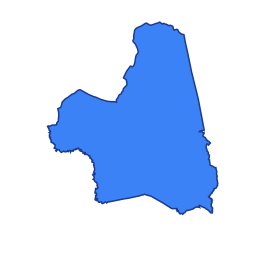 Tan Bien, Tây Ninh, Vietnam (Mercator projection), rotated 349°
{"feature_id": "81297802B37342354446447", "entity_name": "Tan Bien", "entity_type": "district", "adm_level": 2, "iso_a3": "VNM", "parent_name": "Vietnam", "parent_adm1": "Tây Ninh", "projection": "mercator", "projection_center": [105.982, 11.586], "detail": "fine", "context": "isolated", "style": "filled", "palette": "blue", "viewbox_px": 256, "rotation_deg": 349, "n_neighbors": 0, "source": "geoboundaries", "source_scale": "gbopen_adm2", "svg_char_len": 5787}
<svg xmlns="http://www.w3.org/2000/svg" viewBox="0 0 256 256"><g transform="rotate(349 128 128)"><path d="M183.2,219.7L182.8,217.9L183.0,217.6L183.4,217.5L184.5,218.2L185.4,219.4L186.6,219.9L187.0,220.4L187.8,220.6L188.2,221.0L189.5,222.7L190.1,222.9L191.3,224.3L193.1,227.1L194.3,227.1L194.4,227.4L194.7,227.3L194.9,226.1L194.7,225.5L195.0,225.4L194.8,225.1L195.2,224.6L195.2,223.8L195.7,223.3L195.7,222.4L194.9,221.0L195.1,220.1L195.0,219.2L195.2,218.8L195.0,218.6L195.7,218.0L195.7,217.8L196.4,216.8L196.2,216.6L196.3,216.2L196.0,216.2L196.0,215.7L196.4,214.8L196.9,214.7L196.5,214.2L196.7,213.8L196.3,213.1L196.1,213.0L196.0,213.3L195.8,213.0L195.6,213.2L195.1,212.7L194.9,211.9L194.3,211.5L194.1,210.5L194.7,210.5L195.3,210.3L195.8,209.7L196.1,209.2L196.5,209.1L196.8,208.5L197.4,208.2L197.6,207.8L197.9,208.0L198.5,207.4L198.7,207.1L198.8,206.6L199.6,206.2L199.7,205.7L200.0,205.5L200.3,205.6L200.6,204.4L201.1,204.4L201.1,204.0L202.9,203.8L203.6,203.2L203.9,202.5L204.4,202.1L204.7,201.5L205.0,201.4L204.9,200.9L205.5,199.8L205.6,197.3L205.4,196.7L205.7,196.0L205.5,194.8L205.6,194.1L206.0,193.4L206.0,192.7L206.4,192.4L206.1,191.1L206.3,189.4L206.8,187.8L206.6,185.3L206.7,183.6L205.4,183.3L203.8,181.6L201.4,180.1L201.4,179.1L201.7,178.5L201.7,177.4L201.7,175.6L202.0,175.0L201.1,173.9L202.2,172.4L202.7,170.1L201.7,169.1L202.2,168.0L202.2,167.6L201.7,166.0L200.9,165.5L201.3,164.9L201.4,164.0L201.0,163.1L201.0,161.6L202.0,159.2L202.4,158.8L203.0,158.9L203.7,160.1L206.0,158.5L204.8,156.6L203.5,155.8L203.6,155.3L202.6,154.4L202.6,153.7L202.3,153.4L202.0,152.2L200.4,150.8L200.0,150.3L200.0,150.0L200.6,149.0L201.6,148.0L201.8,147.1L201.4,147.3L201.0,147.3L200.5,146.9L200.5,146.4L199.8,145.7L197.4,145.3L198.0,144.7L202.4,144.6L202.5,112.6L201.1,84.9L200.9,65.0L200.6,55.7L200.7,47.0L198.8,46.2L197.9,45.5L196.9,44.3L196.4,43.9L195.4,40.8L194.3,40.4L192.1,40.6L191.7,40.4L191.5,39.7L191.4,36.9L191.1,36.5L189.1,35.2L187.6,35.3L185.5,33.5L184.1,33.0L183.2,32.1L181.7,32.4L181.1,32.1L179.5,30.2L178.9,30.1L177.5,30.7L175.3,30.7L172.1,31.3L169.9,31.4L168.9,31.0L166.5,28.8L166.0,28.6L165.0,28.6L160.8,30.3L156.1,31.3L154.8,31.9L153.7,32.7L153.1,33.5L151.1,38.9L150.8,41.4L149.5,43.1L149.5,43.7L149.8,44.8L151.2,46.8L152.4,51.7L152.6,53.7L152.4,55.8L151.4,57.0L150.3,57.7L149.2,59.5L147.4,64.5L146.1,67.2L145.1,68.2L144.0,68.7L143.6,68.6L142.5,67.7L142.0,67.8L137.5,72.0L134.6,75.9L133.2,77.6L133.3,78.2L135.4,80.1L135.5,83.2L135.2,85.3L134.7,85.9L132.0,87.7L130.9,88.6L130.3,90.5L129.8,90.9L129.5,90.9L129.0,91.6L128.5,91.8L128.0,92.9L127.7,93.2L126.1,93.7L125.3,94.2L123.9,96.3L122.6,97.4L122.0,98.1L121.7,99.2L121.8,100.4L121.4,100.4L118.8,99.3L116.3,98.9L112.5,97.7L106.7,94.7L102.7,91.9L99.9,90.4L95.5,87.4L88.6,81.5L87.8,81.2L86.3,81.4L84.6,82.2L81.7,83.9L79.3,84.2L74.5,86.6L73.1,87.0L71.8,87.6L68.6,89.8L68.1,90.5L66.9,93.1L66.0,94.8L64.4,95.3L62.7,95.7L62.9,97.9L62.8,100.3L62.4,102.5L60.8,108.1L59.4,109.1L59.0,109.5L58.8,110.8L58.5,111.1L57.2,111.2L54.2,110.7L51.3,111.3L50.0,110.7L49.3,111.2L49.4,111.7L49.7,111.9L50.1,112.6L50.1,113.0L49.9,113.3L50.4,114.3L50.2,115.0L50.4,115.5L50.5,115.8L51.0,115.8L51.3,116.4L51.2,116.7L50.7,117.0L50.5,117.5L49.8,117.6L50.3,118.2L50.4,118.7L50.1,119.2L49.5,119.7L49.5,120.4L49.3,121.0L49.7,121.2L49.8,121.5L49.2,122.3L49.3,122.6L49.9,122.5L50.1,122.8L50.0,123.2L49.6,123.5L49.9,124.9L50.3,125.2L50.4,126.0L49.7,126.9L49.8,127.2L51.1,128.4L51.8,128.5L52.3,129.7L53.2,130.5L52.4,133.3L52.1,133.6L51.8,133.5L51.7,133.7L51.8,134.0L52.7,134.0L53.6,134.9L53.6,135.3L53.3,135.8L53.2,136.2L52.7,136.5L53.2,137.1L53.4,136.9L53.6,136.4L54.2,136.3L54.3,135.9L54.6,135.7L55.1,136.0L56.2,136.1L56.5,137.2L57.8,139.2L60.4,138.6L60.9,138.7L61.3,139.2L62.2,139.5L63.0,139.5L63.8,139.3L64.4,138.7L64.8,138.7L65.0,138.9L65.1,139.1L64.7,140.3L65.9,139.1L66.7,138.9L67.2,139.2L67.1,140.6L67.8,139.8L68.4,139.5L68.8,139.5L69.1,140.1L69.7,140.3L69.9,140.2L70.2,139.2L70.4,138.9L72.0,139.3L72.7,139.1L72.5,138.8L72.7,138.4L73.5,138.4L73.9,138.9L74.5,138.2L75.4,138.2L75.9,138.7L75.8,140.1L76.1,140.5L76.5,140.3L77.2,140.4L77.5,140.1L78.0,140.3L78.1,140.8L78.0,141.4L77.3,141.8L78.4,142.3L78.8,142.6L79.3,143.2L79.3,143.6L79.1,143.9L80.0,144.0L81.0,143.9L81.4,144.0L81.4,144.5L81.3,144.9L80.8,145.4L80.3,145.4L80.4,145.6L82.2,146.0L83.1,146.3L83.6,146.9L84.0,147.9L85.0,148.1L85.3,148.3L85.3,148.8L84.9,149.6L84.8,150.1L85.6,150.3L86.3,152.4L86.9,152.5L87.2,152.8L87.1,153.3L86.4,153.8L86.1,154.4L86.3,154.7L87.5,155.3L87.8,155.9L87.8,156.6L87.1,157.7L87.6,158.6L87.5,159.1L87.2,159.5L87.5,160.8L87.3,162.7L87.0,163.3L86.5,163.8L86.3,164.6L85.9,165.0L86.8,165.8L86.9,166.1L86.9,166.8L86.5,167.4L86.3,167.4L85.6,167.1L85.5,166.5L84.9,166.6L84.6,166.8L84.5,167.5L85.1,168.3L85.4,170.5L85.1,171.0L84.0,171.7L84.9,172.2L85.0,173.5L85.7,174.8L86.5,175.2L86.9,175.7L87.0,176.2L86.9,176.8L87.2,177.7L86.6,178.4L87.1,180.7L86.9,181.2L85.8,181.9L85.3,181.7L85.1,181.1L84.6,181.3L84.2,182.8L83.2,185.1L83.4,185.8L84.2,185.6L84.5,186.0L84.5,187.8L84.2,188.3L83.3,188.0L83.3,188.9L82.0,191.9L82.2,192.4L83.0,193.0L83.4,191.5L83.7,191.2L84.4,191.4L84.5,191.8L84.3,192.6L84.3,193.2L84.8,194.9L85.5,195.5L87.6,195.3L87.9,195.8L88.0,196.9L88.3,197.3L90.0,197.1L90.9,196.4L91.6,196.3L92.1,196.6L92.7,197.5L94.6,196.6L95.0,196.6L95.2,196.9L110.9,196.8L114.1,197.0L126.6,196.8L128.7,196.3L130.0,196.6L131.4,196.1L132.3,196.7L137.7,199.4L148.5,208.7L155.3,215.2L156.5,215.8L158.2,215.9L158.6,216.1L160.8,216.4L160.9,217.1L160.0,217.7L160.1,218.0L161.0,218.5L160.5,218.7L160.5,219.0L160.4,219.3L161.6,219.5L162.3,221.8L162.7,222.2L163.3,222.3L164.7,222.1L165.3,223.1L166.9,222.0L167.6,221.9L169.5,220.3L172.2,220.3L176.0,219.9L177.3,219.6L178.3,218.9L179.0,218.7L180.4,218.6L180.9,219.0L182.2,219.1L183.2,219.7Z" fill="#3b82f6" stroke="#1e3a8a" stroke-width="1.5"/></g></svg>